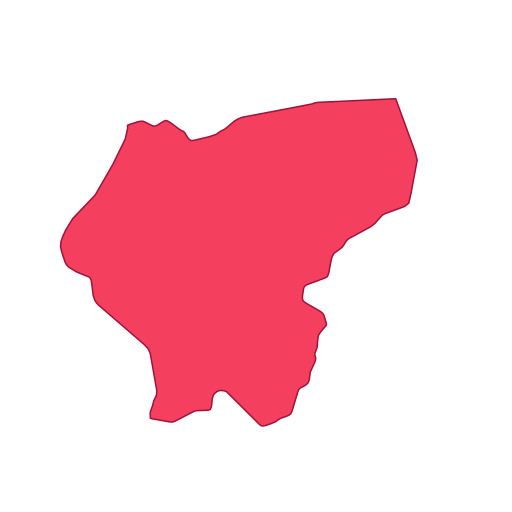 the border of Maradi, rotated 72°
{"feature_id": "NER-91", "entity_name": "Maradi", "entity_type": "Department", "adm_level": 1, "iso_a3": "NER", "parent_name": "Niger", "parent_adm1": "", "projection": "orthographic", "projection_center": [7.538, 14.218], "detail": "fine", "context": "isolated", "style": "filled", "palette": "rose", "viewbox_px": 512, "rotation_deg": 72, "n_neighbors": 0, "source": "natural_earth", "source_scale": "10m", "svg_char_len": 2122}
<svg xmlns="http://www.w3.org/2000/svg" viewBox="0 0 512 512"><g transform="rotate(72 256 256)"><path d="M160.1,412.0L148.3,390.1L124.6,363.8L104.3,344.2L94.6,338.5L92.0,337.9L91.8,335.5L91.8,327.0L92.1,324.5L92.8,322.0L94.7,319.7L99.4,315.0L101.2,312.6L101.2,309.8L99.3,302.0L99.3,299.7L100.6,298.0L102.8,296.1L112.1,289.5L113.5,288.3L115.2,286.4L115.9,286.1L116.6,285.7L117.3,285.5L122.2,284.4L123.5,283.9L125.6,282.6L126.1,282.2L126.8,279.5L128.1,263.5L128.0,256.1L127.4,254.6L126.3,250.7L125.8,247.2L125.4,245.6L120.9,234.6L120.1,230.8L119.8,226.2L128.7,155.8L128.6,153.0L128.9,150.0L149.6,74.5L207.0,72.5L214.7,73.1L243.6,88.8L252.9,94.3L254.8,99.3L255.6,120.2L256.2,123.2L261.9,133.2L263.6,138.0L268.2,162.6L269.1,164.6L270.4,166.5L273.0,169.5L274.4,171.5L277.6,181.0L279.7,183.3L282.0,185.1L294.5,192.0L296.5,193.4L297.8,194.8L298.2,197.0L299.0,215.5L299.3,217.5L300.1,219.6L302.0,221.0L309.2,224.5L311.5,225.1L313.4,225.0L315.8,223.4L329.1,211.5L331.3,210.2L333.8,209.7L341.8,209.9L343.1,210.2L343.6,210.6L348.4,218.2L350.7,221.0L352.0,221.8L357.7,224.5L359.4,225.0L362.1,226.3L366.9,230.1L367.7,230.4L368.6,230.6L371.5,230.7L373.2,231.5L375.3,233.0L382.8,239.9L383.5,240.4L389.2,243.1L391.1,244.3L392.7,245.7L393.2,246.5L393.8,247.8L394.3,249.3L395.2,254.4L395.7,255.5L396.6,257.1L414.7,269.7L416.9,271.8L417.6,274.2L417.9,276.8L417.9,281.5L418.1,283.4L418.5,285.3L419.6,288.1L420.1,293.5L420.2,298.7L420.0,301.1L419.3,303.2L417.6,304.6L376.1,325.9L375.4,326.6L374.9,327.2L374.5,327.8L374.0,328.7L373.2,330.7L372.9,331.6L372.7,333.3L372.9,335.2L373.5,336.7L374.7,339.1L376.8,340.7L379.2,342.1L384.2,344.3L386.4,345.6L387.9,347.0L387.9,349.2L384.6,360.8L384.6,363.1L388.1,384.1L388.1,386.7L387.2,389.2L378.4,405.7L377.7,406.6L373.2,405.4L371.1,404.4L366.2,400.5L362.1,398.0L358.7,394.7L357.0,393.4L353.0,391.9L316.1,386.7L311.1,387.2L306.1,389.4L253.1,421.5L248.5,423.0L243.3,423.0L228.1,420.2L224.8,420.8L216.0,431.3L209.0,437.4L205.9,438.9L205.1,439.1L202.5,439.5L191.6,439.5L186.7,439.0L182.3,437.2L177.6,433.7L172.3,428.7L163.7,418.7L160.1,412.0Z" fill="#f43f5e" stroke="#9f1239" stroke-width="1.5"/></g></svg>